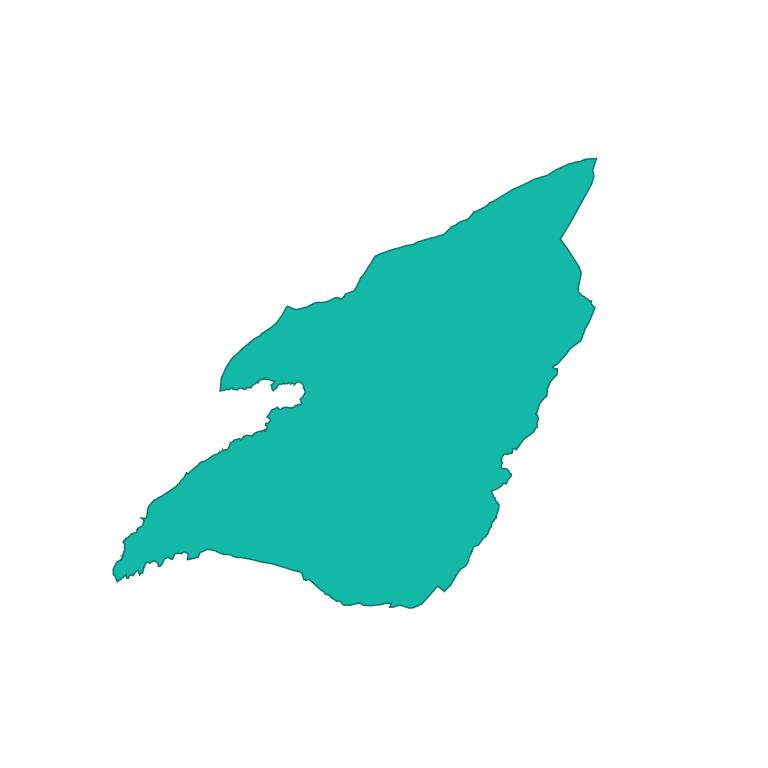 outline of Sande nor, Vestfold, Norway, rotated 117°
{"feature_id": "86288312B46976910861287", "entity_name": "Sande nor", "entity_type": "district", "adm_level": 2, "iso_a3": "NOR", "parent_name": "Norway", "parent_adm1": "Vestfold", "projection": "natural_earth1", "projection_center": [10.282, 59.601], "detail": "fine", "context": "isolated", "style": "filled", "palette": "teal", "viewbox_px": 768, "rotation_deg": 117, "n_neighbors": 0, "source": "geoboundaries", "source_scale": "gbopen_adm2", "svg_char_len": 6166}
<svg xmlns="http://www.w3.org/2000/svg" viewBox="0 0 768 768"><g transform="rotate(117 384 384)"><path d="M541.5,236.0L532.8,233.3L517.6,232.4L514.3,231.6L508.6,228.4L502.4,228.5L500.4,229.6L493.8,229.5L488.4,230.2L487.5,229.7L485.1,226.9L476.1,225.5L473.9,224.1L470.3,223.5L465.2,224.3L462.5,223.5L461.5,223.9L461.5,224.4L459.6,224.2L458.1,225.2L456.5,224.1L455.2,224.3L452.5,223.2L450.8,223.7L451.4,224.0L451.1,224.2L443.8,225.0L439.6,226.5L438.4,228.9L437.8,229.1L437.7,231.1L435.1,233.5L434.9,235.3L432.9,236.9L431.3,240.0L425.7,235.5L422.0,233.2L418.3,232.4L417.5,229.8L411.8,230.0L408.3,229.0L407.1,229.3L406.3,229.8L406.5,231.0L404.6,233.6L404.6,234.7L403.9,235.9L405.7,240.2L405.2,241.0L405.2,242.1L400.1,242.8L399.9,244.5L397.8,244.7L397.7,245.7L391.9,245.3L391.2,243.9L391.2,242.8L388.7,240.3L388.0,238.8L386.8,238.6L383.3,239.8L382.4,238.8L382.6,236.6L381.9,236.2L370.3,234.5L359.2,229.1L354.5,228.8L352.9,227.9L351.0,228.6L350.3,230.0L347.8,230.0L344.3,231.0L342.6,232.8L341.9,234.3L342.2,234.6L341.6,235.1L340.3,234.7L330.6,236.5L323.7,234.8L321.0,233.4L314.8,235.9L307.4,236.9L301.1,235.5L297.0,234.0L291.9,236.5L293.4,239.4L291.9,241.3L287.2,238.5L273.8,235.0L267.9,234.1L255.9,228.3L243.3,229.7L234.8,229.4L220.4,230.6L218.7,235.9L215.7,236.9L216.9,237.8L215.8,240.9L216.1,241.2L215.8,243.7L215.1,245.2L215.5,246.4L214.7,249.8L213.6,252.6L211.9,253.7L208.6,255.1L196.1,258.4L191.4,262.9L180.0,282.4L174.8,292.7L155.7,291.2L111.9,289.8L103.8,291.1L98.8,295.1L86.7,297.1L92.3,306.6L96.9,310.4L99.9,314.8L101.7,316.2L104.1,319.2L115.0,327.9L123.6,332.9L133.7,343.2L145.3,351.8L151.0,356.8L171.3,369.3L174.5,372.1L178.0,373.1L181.0,374.9L188.7,380.5L190.0,382.0L197.4,383.4L199.6,384.4L204.5,389.4L209.9,392.3L213.4,395.2L223.8,398.5L226.2,401.5L231.2,406.3L232.1,407.4L232.3,408.4L234.8,410.3L236.4,412.5L243.3,419.5L244.6,419.8L246.9,421.9L251.4,427.9L256.7,433.1L258.2,435.2L268.6,445.4L273.9,449.7L295.8,451.8L299.6,452.9L310.1,452.5L313.7,452.9L315.1,453.3L321.0,458.9L326.9,460.0L327.8,461.0L328.2,465.1L330.0,467.2L334.5,470.3L338.0,473.8L340.6,478.1L341.2,479.9L342.9,482.2L350.7,487.8L356.9,495.0L357.5,496.0L358.0,498.5L358.6,505.3L360.4,505.8L367.2,505.8L377.7,507.3L384.3,509.9L394.7,515.9L397.6,516.4L403.0,520.3L418.6,527.0L422.9,528.0L430.3,531.2L441.2,532.1L452.4,531.6L464.7,526.8L460.0,521.4L459.7,519.8L459.1,519.2L457.6,518.9L456.3,517.4L456.4,516.9L457.0,516.7L456.6,516.4L457.1,515.4L455.7,512.0L453.6,510.9L452.3,509.3L452.2,507.5L451.7,507.0L452.3,506.3L451.4,505.0L450.8,505.1L450.1,504.4L449.1,504.3L448.0,501.0L447.1,500.5L446.6,500.9L445.1,500.7L442.5,499.0L440.4,498.5L440.3,497.9L440.6,497.5L439.8,496.5L439.1,496.6L439.0,497.4L437.9,497.2L436.1,496.0L435.3,494.1L432.6,493.1L432.5,492.7L433.7,492.1L432.7,489.4L432.1,489.0L432.1,485.2L430.8,483.0L431.3,482.4L434.3,482.9L434.7,483.5L436.4,484.1L437.5,482.4L439.4,481.6L440.2,479.5L439.2,479.6L436.5,478.0L433.9,478.1L432.0,477.5L430.9,476.1L430.7,475.0L428.7,473.8L429.0,472.3L427.6,471.0L427.5,469.9L426.2,469.4L425.8,468.7L426.6,467.2L424.9,466.5L424.5,464.8L425.7,463.7L422.5,462.7L420.3,460.8L421.0,456.7L422.2,454.5L424.2,454.1L424.0,453.6L426.0,451.3L428.0,450.2L433.0,450.7L434.6,451.7L435.7,451.7L436.3,450.5L438.0,449.6L438.5,448.3L440.2,448.3L440.6,450.5L442.7,451.8L443.1,453.0L445.7,453.9L446.7,454.8L447.7,456.3L449.0,460.5L450.8,462.9L453.4,464.4L454.0,466.3L453.1,468.5L455.5,469.8L457.5,471.9L459.8,472.6L462.1,472.4L466.5,473.2L466.1,472.0L466.5,471.9L466.9,469.2L469.0,468.7L470.7,469.2L471.7,469.7L472.6,471.3L473.2,471.4L474.7,470.7L474.4,468.9L478.1,467.8L479.9,467.9L480.1,468.4L478.4,469.0L481.6,471.3L481.3,471.4L483.1,474.0L487.0,477.2L490.3,477.8L491.8,482.7L494.2,485.1L498.5,485.8L499.1,486.5L498.2,487.8L502.0,492.0L504.3,492.5L506.2,494.1L507.2,493.6L507.8,494.1L509.6,493.5L513.7,493.6L514.8,495.9L516.6,497.3L516.0,497.8L517.3,497.6L519.5,498.9L519.7,499.4L519.3,499.6L521.5,500.2L525.1,503.7L531.5,507.0L535.4,509.7L535.4,510.7L538.3,512.5L540.3,512.6L548.4,516.2L552.1,517.3L552.7,518.4L553.8,519.1L552.8,519.7L553.1,519.9L554.0,519.1L555.5,519.9L556.4,519.2L563.1,521.1L565.4,520.9L566.9,522.0L569.6,522.6L585.2,531.3L588.0,533.6L589.5,534.0L592.5,536.4L600.5,538.2L607.0,536.3L607.4,535.3L609.6,535.6L611.2,535.0L612.7,536.0L613.1,538.5L613.7,539.5L614.0,536.5L615.2,535.6L619.9,534.7L624.1,537.8L624.8,537.3L625.1,537.9L626.0,538.0L627.1,537.3L628.9,537.2L631.8,540.8L636.6,542.1L639.0,544.0L641.0,543.7L641.5,544.1L641.3,544.5L643.3,544.8L643.7,544.0L643.4,543.7L644.7,542.2L650.7,539.1L651.4,539.0L651.4,539.6L651.8,539.6L651.9,539.0L653.7,538.8L653.7,539.2L654.7,538.8L655.4,539.3L655.8,539.0L655.1,538.8L656.0,538.4L656.4,539.1L656.4,538.2L659.2,537.9L659.7,538.3L659.3,538.7L660.0,538.7L663.6,540.9L667.2,541.4L672.1,541.1L676.9,538.5L677.0,537.9L676.6,537.1L681.3,532.0L678.2,530.1L670.7,527.3L673.3,525.7L673.7,524.8L673.0,523.5L671.5,524.2L668.9,522.9L669.0,521.2L668.4,520.6L662.4,519.6L662.3,517.8L665.2,515.1L663.3,514.8L662.2,514.0L661.9,513.2L660.8,513.8L654.6,514.7L651.1,514.8L651.4,514.4L650.4,514.1L649.6,512.8L650.1,511.4L646.0,508.8L645.4,507.7L646.6,503.7L649.0,502.2L648.6,501.5L647.4,500.5L646.0,500.1L639.3,500.2L636.9,498.0L636.4,496.4L636.8,494.9L636.4,492.9L630.3,493.4L627.9,490.1L627.1,487.4L624.4,486.2L624.0,483.4L624.5,481.0L629.6,479.6L629.6,478.9L628.5,478.8L628.5,477.6L627.5,476.9L627.5,476.3L626.7,475.8L626.0,474.3L625.2,474.0L622.8,471.0L617.5,471.4L615.2,469.1L612.3,467.3L610.5,463.6L609.0,457.7L609.3,457.1L608.9,450.0L605.7,443.3L606.2,440.6L605.1,435.5L603.2,431.8L600.1,421.1L598.8,414.6L594.4,399.9L591.0,378.9L590.1,376.7L590.4,376.1L590.2,375.2L589.7,374.8L589.5,373.6L589.8,371.4L594.6,366.8L593.9,365.1L594.6,364.8L592.1,361.7L596.0,347.8L596.5,343.1L597.8,341.4L597.8,339.7L596.9,336.6L598.1,334.8L599.1,327.4L597.9,325.7L597.4,324.3L599.3,320.6L598.9,318.5L596.4,313.7L590.5,306.8L590.2,305.4L590.4,301.6L587.3,294.6L585.3,292.0L582.4,287.1L578.5,283.0L577.1,279.3L576.0,277.8L580.2,277.5L578.7,274.5L573.7,269.6L572.2,259.7L570.2,256.5L566.0,252.7L563.9,251.9L563.5,251.0L562.2,250.2L539.9,244.5L541.0,237.1L541.5,236.0Z" fill="#14b8a6" stroke="#0f766e" stroke-width="1.5"/></g></svg>